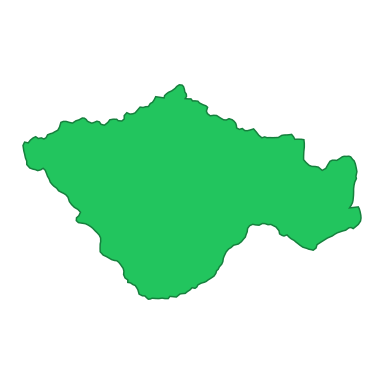 Novo Horizonte do Norte, Mato Grosso, Brazil (Natural Earth projection)
{"feature_id": "56859067B35028865245170", "entity_name": "Novo Horizonte do Norte", "entity_type": "district", "adm_level": 2, "iso_a3": "BRA", "parent_name": "Brazil", "parent_adm1": "Mato Grosso", "projection": "natural_earth1", "projection_center": [-57.299, -11.385], "detail": "fine", "context": "isolated", "style": "filled", "palette": "green", "viewbox_px": 384, "rotation_deg": 0, "n_neighbors": 0, "source": "geoboundaries", "source_scale": "gbopen_adm2", "svg_char_len": 3869}
<svg xmlns="http://www.w3.org/2000/svg" viewBox="0 0 384 384"><path d="M123.6,274.6L125.1,278.0L127.8,279.9L127.8,282.4L130.4,282.8L133.0,284.6L135.2,285.5L136.7,287.7L137.9,289.8L139.1,294.1L142.4,295.8L144.8,295.9L146.5,297.6L148.3,299.2L150.3,299.0L152.1,298.2L155.7,298.5L158.8,298.6L162.1,298.1L165.0,298.6L168.2,298.6L169.8,296.4L172.2,296.6L176.4,297.0L178.4,295.3L180.2,293.9L182.4,293.6L185.2,293.4L187.4,291.6L190.0,289.9L192.1,287.7L195.0,288.3L196.7,287.1L198.0,284.8L201.3,283.1L204.2,282.3L206.1,281.5L208.0,280.0L210.9,278.2L214.0,276.1L215.8,273.4L216.6,270.7L218.2,269.3L219.3,266.9L221.7,264.2L222.8,261.7L223.3,258.4L224.1,256.2L226.1,252.0L228.6,249.0L231.1,247.5L233.6,245.2L236.5,244.5L238.4,244.0L241.4,241.7L243.7,238.9L245.3,237.1L246.1,234.5L247.2,231.8L247.6,228.4L249.6,225.7L252.7,224.3L255.6,224.9L259.1,225.2L262.3,223.5L265.0,223.6L268.0,224.7L270.9,224.4L273.6,225.8L276.0,227.0L279.0,230.7L279.6,233.9L282.1,235.4L284.0,236.0L287.0,234.9L289.1,237.1L291.2,238.8L294.1,240.4L296.0,242.1L297.6,243.3L300.1,245.3L302.9,247.2L306.9,248.4L308.8,249.2L311.4,249.7L313.2,250.2L316.0,248.1L317.0,244.7L321.6,241.7L327.5,238.0L329.8,237.0L332.2,236.0L334.8,234.2L337.3,232.8L342.6,231.0L345.7,230.2L348.9,227.8L351.1,227.5L353.2,228.6L355.7,226.6L358.3,224.4L360.5,221.1L361.0,218.0L360.8,215.3L360.2,212.1L359.3,208.9L358.3,206.9L349.5,207.9L351.3,205.1L352.5,202.6L353.0,200.4L353.3,197.5L353.5,195.2L353.6,192.1L353.6,188.8L354.0,185.4L354.8,181.9L356.4,178.6L355.9,176.4L356.9,171.7L356.3,168.3L355.3,163.8L354.1,160.8L352.6,159.4L350.7,156.9L348.9,156.2L346.6,156.4L344.1,156.3L342.3,156.8L340.0,158.4L336.8,160.4L334.6,160.2L332.3,160.2L330.0,161.3L328.0,164.5L325.8,168.4L322.2,170.4L318.3,167.1L315.1,166.5L311.8,166.4L309.2,165.4L306.1,162.6L303.6,159.7L303.6,156.4L303.8,151.7L304.3,147.0L304.3,143.3L303.9,139.7L301.4,139.3L298.1,139.2L294.8,139.3L293.6,136.9L291.6,134.4L287.8,134.9L284.1,135.0L281.7,135.4L278.3,137.5L275.4,137.6L272.9,137.7L269.7,137.6L267.0,137.7L264.7,136.9L261.9,137.8L258.8,135.3L256.3,132.0L253.6,128.9L250.5,129.9L247.4,130.7L244.8,130.6L242.3,128.5L239.3,129.4L236.6,127.9L236.4,125.6L235.7,123.3L234.1,121.3L232.1,119.7L229.0,118.7L226.3,120.0L223.6,119.8L220.6,118.1L216.6,115.5L213.7,115.3L210.2,115.8L207.4,113.6L206.4,111.1L207.6,107.3L205.9,105.8L202.9,104.7L199.4,102.9L197.9,101.2L195.2,100.9L192.5,100.9L191.0,98.9L188.2,98.9L185.2,98.6L186.5,96.4L186.3,94.1L184.8,91.9L184.4,89.4L183.5,86.6L182.1,85.1L179.3,84.8L176.7,86.5L175.1,88.4L171.7,90.9L168.5,92.3L166.5,93.8L164.6,95.6L164.1,97.9L155.7,96.7L154.2,99.8L152.5,102.3L150.3,103.5L148.4,106.6L145.7,106.7L143.1,107.5L140.1,107.1L135.1,112.9L132.8,113.8L129.9,114.1L126.8,112.7L124.2,115.6L124.2,119.0L121.8,121.0L118.2,120.7L116.7,119.3L113.2,119.2L109.8,119.8L107.9,122.4L104.4,125.2L101.0,124.3L99.4,121.9L96.9,121.2L94.2,122.4L91.8,123.2L89.2,122.1L87.4,121.2L86.2,119.5L84.4,118.2L82.3,118.0L79.1,119.8L75.9,120.8L72.5,123.1L69.4,122.4L66.0,121.4L63.4,121.4L60.9,122.4L59.5,127.1L57.8,130.2L54.6,131.9L52.4,133.2L50.6,133.6L47.6,134.8L46.1,137.7L43.9,139.0L41.4,137.9L38.2,138.5L35.7,136.7L33.0,138.0L30.4,140.1L28.2,142.9L24.6,142.1L23.0,145.5L23.8,150.8L24.5,153.5L25.5,158.1L26.7,161.0L26.8,164.6L29.8,168.0L33.1,169.2L35.3,169.6L37.7,170.6L40.8,169.8L43.1,168.3L45.2,170.2L46.7,173.9L47.5,176.2L49.1,178.9L50.3,182.2L52.2,184.5L53.8,186.1L56.7,188.2L58.6,190.8L61.4,192.3L63.7,193.4L65.8,194.7L68.0,197.2L69.4,201.6L71.6,204.6L74.3,207.3L77.9,209.4L80.5,212.2L78.8,215.8L76.5,217.8L76.3,220.6L78.4,222.6L85.4,223.7L88.3,225.1L90.8,226.7L92.7,228.2L95.4,231.1L97.1,232.7L99.2,235.0L100.6,237.9L100.7,241.6L100.2,244.0L100.1,248.6L100.2,251.8L103.2,255.1L106.3,256.5L108.9,258.0L111.6,259.6L114.6,260.5L116.7,260.7L118.7,262.2L120.5,264.5L123.2,268.4L123.9,271.3L123.6,274.6Z" fill="#22c55e" stroke="#15803d" stroke-width="1.5"/></svg>